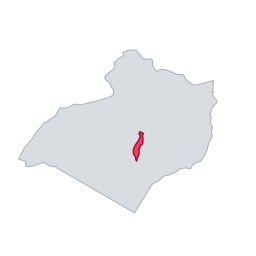 where Kayunga sits in Uganda, rotated 30°
{"feature_id": "UGA-3067", "entity_name": "Kayunga", "entity_type": "District", "adm_level": 1, "iso_a3": "UGA", "parent_name": "Uganda", "parent_adm1": "", "projection": "orthographic", "projection_center": [32.888, 1.01], "detail": "fine", "context": "in_parent", "style": "filled", "palette": "rose", "viewbox_px": 256, "rotation_deg": 30, "n_neighbors": 0, "source": "natural_earth", "source_scale": "10m", "svg_char_len": 2788}
<svg xmlns="http://www.w3.org/2000/svg" viewBox="0 0 256 256"><g transform="rotate(30 128 128)"><path d="M176.2,198.2L173.0,198.2L167.7,198.2L162.5,198.2L157.2,198.2L152.0,198.2L146.7,198.2L141.5,198.2L136.2,198.2L131.0,198.2L125.7,198.2L120.5,198.2L115.3,198.2L110.0,198.2L104.8,198.2L99.5,198.2L94.3,198.2L89.0,198.2L85.9,198.2L85.3,198.1L84.9,197.9L82.9,198.3L80.9,199.6L78.7,200.1L76.4,199.9L76.1,200.1L74.9,200.0L73.2,199.9L71.6,200.3L70.5,201.4L69.3,203.4L67.1,205.6L65.5,207.6L64.0,209.0L60.8,211.3L59.0,211.9L58.1,211.8L57.5,211.4L56.5,208.4L55.9,208.0L49.5,209.5L48.6,209.5L48.7,208.6L48.2,201.6L48.1,197.4L48.9,194.7L49.4,191.7L49.5,189.0L50.6,184.4L50.2,181.6L51.7,171.9L52.1,170.3L52.7,165.7L53.6,164.2L54.5,163.7L55.5,160.8L57.6,156.2L59.1,153.8L58.8,148.7L59.0,145.2L59.3,144.4L62.4,143.1L66.4,139.8L68.1,136.0L70.5,133.6L75.1,132.0L88.8,118.9L95.2,111.9L98.0,108.2L98.1,106.9L98.6,105.2L97.5,103.9L96.2,102.7L95.7,101.6L94.6,101.0L93.0,101.0L91.9,100.2L90.7,98.6L89.4,97.6L85.5,97.7L82.6,96.1L82.6,93.9L83.8,89.5L86.1,84.5L86.2,83.2L85.9,82.0L85.3,81.0L84.3,80.0L83.3,78.8L84.1,75.2L85.5,71.7L86.7,69.9L87.8,68.0L87.5,66.4L85.9,65.6L86.7,64.0L88.5,61.3L92.0,58.7L95.1,56.9L97.2,56.9L101.1,58.3L104.8,60.0L106.7,60.1L109.1,59.4L114.1,56.4L115.3,57.3L116.8,59.1L118.4,62.1L121.5,63.5L123.0,64.4L124.1,64.7L124.7,64.5L125.9,62.1L127.3,60.8L130.0,59.2L135.8,57.9L140.0,57.5L141.8,57.3L144.8,56.5L149.4,54.1L154.1,57.2L159.1,57.8L163.9,57.8L165.4,56.8L166.3,56.1L171.4,51.0L178.3,44.1L182.9,53.8L184.5,54.4L184.2,55.2L183.8,56.1L186.9,58.4L190.6,59.6L191.9,60.9L192.0,62.2L190.8,67.9L191.0,69.5L192.2,75.2L194.4,76.5L196.4,82.3L200.3,84.7L200.9,85.4L201.8,88.2L203.0,91.3L204.0,92.0L204.6,92.1L205.7,95.4L205.1,97.2L206.0,102.8L207.5,107.7L207.9,113.6L207.9,116.2L207.8,117.8L207.5,120.1L206.8,121.4L205.5,122.6L204.1,124.6L202.9,126.8L202.2,127.8L202.8,131.0L202.6,131.8L202.3,132.3L200.5,132.7L198.2,133.6L196.8,134.5L194.8,136.1L193.3,137.8L191.2,143.0L187.7,147.0L187.1,148.3L183.8,150.7L182.4,153.7L181.4,157.3L180.2,159.9L177.4,163.5L176.7,169.1L176.8,180.3L176.1,193.1L176.2,198.2Z" fill="#d9dde1" stroke="#a8b0b8" stroke-width="1"/><path d="M143.0,136.7L143.4,133.7L143.0,130.7L142.9,130.1L143.0,129.7L142.9,129.3L142.8,129.0L142.6,128.9L142.4,128.8L142.1,128.3L141.8,128.2L141.3,127.9L140.4,127.6L140.3,125.2L144.0,125.1L144.5,127.2L145.1,128.5L146.4,129.9L146.5,130.5L147.2,131.3L147.5,132.3L148.4,133.7L148.5,134.2L148.5,134.9L148.4,135.5L147.7,136.0L147.6,136.6L148.2,140.6L148.5,141.7L150.0,143.9L150.5,145.0L150.9,146.3L151.0,147.7L151.0,149.0L151.0,149.7L152.0,152.0L152.4,152.5L150.9,151.7L150.5,151.3L149.0,149.5L148.1,148.8L146.5,148.2L145.4,147.2L144.3,145.5L143.4,143.7L142.9,140.2L143.0,136.7Z" fill="#f43f5e" stroke="#9f1239" stroke-width="1.5"/></g></svg>